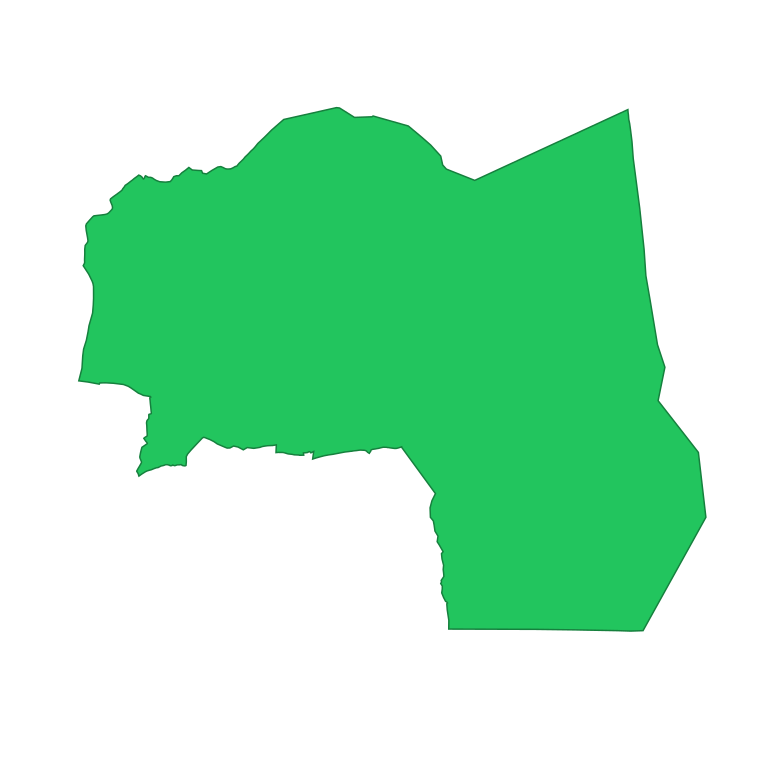 outline of San Jorge, Zacapa, Guatemala, rotated 262°
{"feature_id": "79465075B24520983200883", "entity_name": "San Jorge", "entity_type": "district", "adm_level": 2, "iso_a3": "GTM", "parent_name": "Guatemala", "parent_adm1": "Zacapa", "projection": "natural_earth1", "projection_center": [-89.603, 14.916], "detail": "fine", "context": "isolated", "style": "filled", "palette": "green", "viewbox_px": 768, "rotation_deg": 262, "n_neighbors": 0, "source": "geoboundaries", "source_scale": "gbopen_adm2", "svg_char_len": 4988}
<svg xmlns="http://www.w3.org/2000/svg" viewBox="0 0 768 768"><g transform="rotate(262 384 384)"><path d="M621.8,663.7L573.0,502.2L588.1,475.7L592.7,472.6L601.8,471.9L614.1,463.5L622.8,456.0L636.1,444.0L650.9,410.5L650.3,409.2L652.1,391.9L663.5,378.4L664.3,375.4L659.9,321.5L651.1,308.0L644.8,299.7L639.8,292.6L636.7,289.3L635.0,287.3L633.1,284.5L631.5,282.6L630.1,280.8L628.2,278.1L626.2,276.0L622.7,271.2L620.2,268.5L620.1,267.0L619.5,265.6L618.9,264.0L618.4,262.0L618.5,260.2L618.8,258.2L619.4,256.7L620.7,254.9L622.0,252.7L622.0,249.6L619.5,243.4L616.7,237.5L618.0,233.7L620.7,233.0L621.3,229.9L622.6,223.9L625.6,220.9L623.3,217.1L621.3,213.2L618.8,209.9L619.1,207.3L618.6,204.7L617.1,203.5L615.7,202.3L614.2,200.5L614.3,195.8L615.5,190.1L617.2,186.9L618.6,185.1L620.2,183.4L621.1,181.8L621.5,179.4L623.4,176.9L623.0,176.3L621.8,175.7L621.0,175.1L620.2,173.8L620.6,174.1L621.6,173.6L622.6,173.1L623.1,172.7L624.1,171.7L625.0,170.2L624.5,169.4L623.8,168.2L622.3,165.3L621.0,163.3L620.1,161.6L618.0,158.0L616.7,155.3L615.5,154.4L613.8,152.6L612.3,151.4L610.7,148.7L607.0,141.7L605.4,139.0L604.2,138.4L602.4,138.7L600.4,139.2L598.4,139.7L596.3,139.7L594.9,139.1L591.6,135.0L590.9,133.2L590.7,131.4L590.7,127.9L590.8,124.6L590.9,120.2L590.2,118.9L587.5,115.6L584.0,111.6L582.1,110.7L577.5,110.5L570.1,110.8L567.2,110.8L566.2,110.5L565.4,110.0L562.8,107.4L559.0,106.4L555.8,106.0L553.3,105.6L549.5,104.9L548.2,104.7L547.1,104.6L546.2,104.5L545.6,104.3L545.0,104.0L544.5,103.7L544.0,103.3L543.0,102.6L533.8,106.9L526.4,109.3L523.9,109.8L520.9,109.9L515.7,109.2L509.2,108.3L502.7,107.1L494.8,105.3L482.8,100.0L476.9,98.2L468.6,95.3L460.4,91.4L453.8,89.6L441.6,87.1L429.6,82.2L427.1,91.3L423.5,102.0L424.6,102.8L423.9,108.6L422.4,116.1L419.8,125.9L417.3,130.5L415.2,133.0L412.4,136.0L409.1,139.5L407.9,141.6L406.2,144.1L404.1,151.0L403.5,151.2L403.4,150.8L403.2,150.6L403.0,150.3L402.7,150.2L401.9,150.1L400.5,150.1L396.9,149.9L393.5,149.8L391.1,149.7L389.7,149.6L388.4,149.6L387.3,149.5L387.0,149.2L386.9,148.9L386.8,148.2L386.7,147.3L386.6,147.0L386.2,146.8L384.6,146.6L382.8,146.3L382.4,146.1L381.4,144.9L380.7,144.2L379.8,143.8L378.5,143.4L375.7,143.3L370.8,142.8L368.1,142.6L367.2,142.5L366.2,142.4L365.6,142.2L365.3,141.8L364.9,140.9L364.2,139.4L363.9,138.9L363.6,138.6L360.5,140.1L359.3,140.9L358.8,141.2L358.2,141.3L357.9,141.3L355.9,137.3L355.0,135.5L354.4,135.2L351.5,134.0L349.7,133.3L347.0,132.4L346.1,132.1L345.3,132.0L344.4,132.1L343.6,132.3L342.8,132.5L341.5,132.8L340.6,133.0L340.1,132.9L339.6,132.7L336.7,130.5L334.5,128.7L333.5,128.0L332.5,127.2L332.0,127.0L331.2,127.3L329.4,128.1L327.9,128.3L326.9,128.5L328.5,131.5L330.3,135.5L330.9,137.4L331.2,139.4L331.5,141.8L332.1,144.0L332.7,146.8L332.7,148.7L333.8,151.8L334.0,154.4L334.5,156.6L334.2,158.5L333.4,160.2L332.8,161.0L332.7,161.9L332.8,162.8L333.2,163.6L332.5,164.7L332.3,165.1L332.3,166.1L332.7,167.8L332.4,170.3L332.4,172.0L331.4,172.9L330.9,174.3L330.6,175.5L330.9,176.6L334.3,177.4L339.6,178.1L341.0,179.1L342.1,179.9L345.2,183.4L351.1,190.7L355.8,196.6L356.3,198.0L355.8,199.3L354.8,201.0L353.2,203.9L350.6,207.6L347.9,210.5L343.7,217.4L342.4,219.7L342.1,222.5L343.5,226.4L342.9,228.0L341.9,230.7L339.0,234.7L338.4,235.5L339.0,237.0L340.1,239.7L338.4,246.1L338.5,252.2L339.0,254.7L339.1,256.9L339.1,258.5L339.1,259.9L338.9,262.3L338.6,265.1L338.7,268.9L331.1,267.5L331.0,269.6L330.6,272.2L330.4,273.7L330.1,274.9L329.4,276.6L328.7,278.0L328.1,279.4L327.4,282.2L327.0,283.6L326.6,284.6L326.3,285.6L325.6,289.4L325.2,290.5L325.0,292.0L324.7,294.6L327.0,294.6L326.8,297.1L326.8,298.8L327.5,300.4L327.1,301.3L326.1,301.8L326.1,302.6L326.6,303.7L327.0,305.0L319.6,302.9L320.2,306.3L320.9,311.5L321.3,315.0L321.5,319.3L321.5,323.6L322.1,335.7L322.0,339.8L322.0,340.5L322.0,341.0L322.0,341.8L321.9,342.5L322.0,343.7L322.0,345.4L321.9,347.2L321.9,349.3L321.9,350.7L321.8,351.8L321.5,353.2L321.1,355.4L320.7,356.3L320.3,357.0L319.7,357.6L318.9,358.1L318.3,358.7L317.4,359.8L318.4,360.6L319.0,361.3L319.7,361.6L320.4,362.0L320.7,362.7L320.9,363.7L320.9,366.2L321.0,368.0L321.0,369.4L321.2,371.1L321.4,373.0L321.5,374.4L321.4,375.2L320.9,378.0L320.6,378.6L320.5,379.1L320.3,380.2L320.1,380.6L319.8,381.6L318.7,385.5L318.5,387.2L318.7,389.3L319.0,391.0L319.3,392.7L318.8,392.7L268.3,419.7L261.7,415.2L255.0,412.4L245.5,411.4L241.6,413.8L237.3,414.0L231.3,414.0L225.8,416.3L220.4,414.7L217.2,416.2L209.7,419.2L208.0,417.3L202.7,417.1L196.2,417.8L192.1,416.8L187.9,416.7L185.1,416.5L181.5,413.3L179.9,413.4L178.5,412.4L175.9,413.6L173.1,413.2L171.6,412.8L169.1,412.1L164.3,413.3L160.3,414.7L159.4,415.8L158.3,416.4L157.6,415.6L151.6,415.2L140.8,415.3L132.3,414.0L120.1,499.0L113.9,539.3L112.7,546.7L107.2,581.3L105.0,593.9L103.7,606.2L207.2,684.2L272.5,685.8L290.1,675.7L329.3,653.1L361.5,664.5L384.8,660.3L429.5,659.2L454.8,658.4L481.3,660.3L522.7,661.7L572.7,662.2L589.5,663.3L601.8,663.5L605.2,663.5L607.7,663.5L612.1,663.2L616.5,663.5L619.1,663.5L621.8,663.7Z" fill="#22c55e" stroke="#15803d" stroke-width="1.5"/></g></svg>